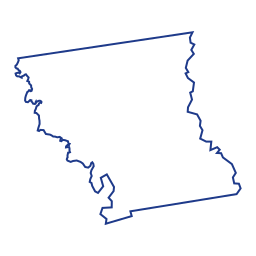 Anderson, Texas, United States of America
{"feature_id": "52423323B92486842041177", "entity_name": "Anderson", "entity_type": "district", "adm_level": 2, "iso_a3": "USA", "parent_name": "United States of America", "parent_adm1": "Texas", "projection": "orthographic", "projection_center": [-95.816, 31.794], "detail": "fine", "context": "isolated", "style": "outline", "palette": "blue", "viewbox_px": 256, "rotation_deg": 0, "n_neighbors": 0, "source": "geoboundaries", "source_scale": "gbopen_adm2", "svg_char_len": 2190}
<svg xmlns="http://www.w3.org/2000/svg" viewBox="0 0 256 256"><path d="M236.6,194.1L240.6,188.4L238.9,183.7L234.2,183.4L232.9,177.4L235.8,172.9L231.9,164.1L222.9,157.4L221.1,153.2L217.0,153.0L219.7,149.7L217.2,147.2L210.4,150.1L211.3,141.6L206.2,141.6L200.2,138.6L202.5,130.2L199.9,125.9L200.6,120.8L197.1,114.4L187.7,111.8L188.0,107.3L192.0,99.6L190.2,92.6L192.8,91.3L194.0,82.5L187.9,78.0L185.6,73.4L188.3,72.1L185.8,67.9L187.6,60.6L193.8,53.9L191.3,49.9L194.3,44.5L190.6,42.7L189.9,37.6L192.5,32.3L18.1,58.3L18.7,60.2L18.0,62.2L16.8,64.6L15.4,65.9L15.4,67.3L16.5,68.5L17.6,68.6L18.7,70.3L19.8,70.8L20.5,72.1L19.7,73.4L18.6,72.6L16.8,73.0L15.6,73.5L16.1,75.4L17.2,76.3L19.3,76.4L20.6,77.2L21.7,77.7L21.8,76.5L24.2,75.4L24.6,74.8L25.9,74.3L27.1,75.9L28.6,77.5L28.2,79.1L27.3,81.0L29.1,81.7L29.2,83.5L31.1,85.4L31.2,87.2L32.1,89.0L31.6,90.8L30.8,91.2L30.1,90.8L29.9,90.2L28.9,90.3L28.4,91.4L27.3,92.0L25.9,95.6L25.3,97.8L25.1,100.5L25.9,101.9L27.9,102.2L29.3,100.9L30.2,100.0L31.4,100.3L31.4,101.4L32.3,102.3L33.1,103.7L34.8,104.0L35.5,103.7L35.9,102.9L35.6,102.2L36.0,101.5L36.2,102.1L38.4,100.9L39.9,100.7L41.2,101.4L41.5,102.0L41.2,102.8L40.6,102.5L39.0,103.5L38.6,104.9L36.6,106.3L35.7,109.2L34.9,110.7L34.7,112.8L36.4,113.0L38.9,115.5L39.1,118.6L39.5,120.7L39.6,124.0L38.3,128.1L37.7,130.5L39.1,131.0L40.4,129.9L43.6,130.1L44.8,132.2L45.9,134.0L50.0,134.6L51.6,135.4L53.1,136.5L55.1,136.6L57.3,137.3L59.7,136.9L61.5,138.2L60.6,138.9L60.5,139.5L60.2,140.8L61.3,141.2L62.8,139.9L65.0,140.2L68.0,141.3L68.2,142.6L69.1,144.0L69.5,144.0L69.0,145.1L67.6,144.9L66.1,146.4L66.0,147.4L67.7,147.1L69.2,147.2L69.5,148.6L69.5,151.0L70.0,152.2L69.0,152.6L68.1,152.7L67.5,155.4L67.6,157.5L67.0,158.3L66.8,159.5L67.5,160.6L70.7,161.9L73.0,161.0L76.7,160.5L80.5,161.9L82.8,163.5L85.2,167.0L88.2,167.6L90.4,165.8L91.2,163.1L92.3,162.3L93.3,163.8L93.7,166.2L91.4,170.3L90.7,173.0L91.7,176.0L90.3,179.1L89.7,181.9L91.5,183.0L92.1,185.5L92.3,186.1L95.1,191.4L98.0,192.9L103.2,186.3L100.8,177.8L106.8,174.4L114.0,187.0L113.6,191.1L108.6,197.7L111.8,201.2L111.7,207.4L102.5,207.9L100.4,214.1L106.5,219.0L105.8,223.7L131.7,216.1L130.4,211.3L236.6,194.1Z" fill="none" stroke="#1e3a8a" stroke-width="2"/></svg>